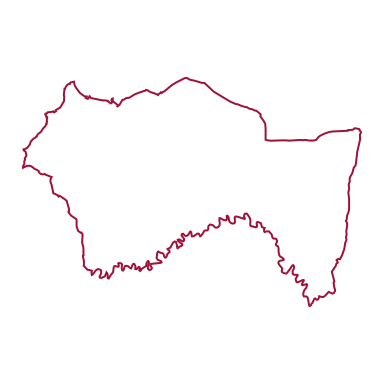 the district of Kicukiro, Kigali City, Rwanda
{"feature_id": "39286606B56607574087647", "entity_name": "Kicukiro", "entity_type": "district", "adm_level": 2, "iso_a3": "RWA", "parent_name": "Rwanda", "parent_adm1": "Kigali City", "projection": "albers", "projection_center": [30.116, -2.016], "detail": "fine", "context": "isolated", "style": "outline", "palette": "rose", "viewbox_px": 384, "rotation_deg": 0, "n_neighbors": 0, "source": "geoboundaries", "source_scale": "gbopen_adm2", "svg_char_len": 5945}
<svg xmlns="http://www.w3.org/2000/svg" viewBox="0 0 384 384"><path d="M91.8,274.9L92.9,274.3L95.6,270.6L97.7,269.1L99.0,269.3L100.8,270.0L101.2,270.7L101.1,273.4L99.5,276.8L100.0,277.7L101.5,277.9L104.9,276.3L106.5,272.4L107.5,273.8L107.8,278.2L108.7,278.5L110.6,275.2L112.7,272.7L113.2,271.6L113.7,267.3L114.2,266.3L115.1,266.0L118.0,266.8L118.6,266.6L118.8,265.4L118.2,263.6L118.5,263.1L120.9,263.2L122.1,264.3L121.7,268.4L122.3,270.3L123.0,270.6L123.6,270.0L124.7,266.4L125.4,265.9L126.8,265.9L128.2,266.3L129.9,267.9L131.1,268.4L132.8,264.3L133.6,263.8L134.4,264.1L135.4,266.2L135.3,269.0L136.6,269.1L138.2,267.3L138.8,266.9L139.5,267.1L139.9,268.1L139.2,270.1L140.1,271.0L140.8,270.5L141.9,268.7L146.0,266.1L146.4,263.6L147.5,261.4L148.1,261.0L148.5,261.1L149.0,263.1L147.9,266.3L148.0,268.8L149.4,270.1L150.2,269.8L151.3,269.4L151.9,267.9L150.4,265.5L151.0,263.9L159.7,263.0L161.3,262.6L161.6,262.2L161.0,261.2L157.5,259.6L156.6,257.9L157.2,253.1L157.8,251.8L158.3,251.5L160.2,252.7L162.5,253.2L163.6,254.3L164.6,257.4L165.6,257.6L166.5,256.8L167.4,254.0L169.6,252.0L169.3,250.6L167.8,249.6L167.5,249.0L170.4,247.6L172.9,242.8L174.5,241.5L175.9,241.8L176.7,244.2L177.3,248.0L177.8,248.3L179.0,247.0L182.1,245.5L182.4,244.3L178.3,241.2L177.7,239.9L178.7,239.4L179.6,239.6L182.9,241.5L184.0,240.6L184.0,238.7L181.6,235.6L181.8,234.2L182.3,233.8L183.2,233.8L184.6,235.4L185.8,236.0L186.6,235.9L188.2,234.9L189.9,231.9L190.4,231.5L191.2,232.2L191.7,235.8L192.1,236.5L194.0,236.0L197.2,233.7L198.2,233.5L198.9,233.8L200.2,236.3L200.8,236.0L202.6,233.8L204.2,231.0L204.9,230.5L207.2,230.4L207.9,229.8L208.3,229.1L208.2,227.1L208.6,225.9L210.1,224.5L212.8,225.2L215.4,227.6L216.9,227.6L218.7,226.7L219.4,225.6L219.8,223.9L219.4,220.4L219.5,218.1L220.2,218.1L223.9,220.1L226.0,220.3L226.8,219.3L226.8,215.9L227.5,215.7L228.5,217.1L229.2,221.0L230.1,222.3L231.4,223.3L233.2,223.6L234.2,223.3L234.9,222.6L234.7,217.3L235.1,216.7L236.2,216.5L237.9,216.8L244.6,219.0L244.9,218.5L244.0,216.3L244.2,215.0L244.9,213.8L246.5,213.5L247.3,214.1L249.7,217.8L250.4,220.0L250.2,225.0L250.7,226.0L255.9,227.3L257.1,226.5L256.6,222.9L257.2,222.1L257.6,221.9L260.8,223.1L262.0,227.2L264.7,228.0L264.0,229.6L264.2,231.6L264.7,232.0L266.1,231.5L268.8,231.3L271.6,234.3L272.4,237.3L273.0,238.2L274.1,238.7L276.0,238.7L276.4,239.2L277.2,241.0L275.8,244.7L276.5,245.6L278.1,246.5L278.6,248.5L278.6,252.2L279.2,254.9L280.1,256.5L282.1,257.6L283.7,259.0L283.7,259.7L283.1,260.2L279.9,260.8L278.8,261.5L278.3,262.9L279.1,264.6L282.3,268.5L281.7,271.3L282.1,272.1L284.1,273.2L286.1,273.6L286.7,273.3L289.7,269.5L291.7,266.2L292.6,265.3L293.3,265.2L294.1,266.6L293.8,268.5L292.6,271.2L292.8,274.1L294.2,274.8L297.4,274.8L297.7,275.3L295.7,278.8L295.8,280.2L296.6,282.1L298.1,282.2L302.5,280.1L303.6,280.0L303.8,280.7L302.1,283.6L301.9,284.7L302.7,285.2L306.7,284.1L307.1,284.9L306.3,287.6L304.2,290.4L303.5,292.3L303.2,294.8L303.9,296.4L306.5,296.5L307.2,297.0L308.0,298.6L308.9,304.4L309.4,305.9L309.9,306.0L310.8,305.3L311.6,303.6L312.4,303.0L314.4,298.6L315.0,298.4L316.6,299.6L317.6,299.7L318.5,298.8L319.2,296.2L321.3,296.9L323.2,297.0L325.0,295.9L328.6,291.9L332.3,293.6L334.0,292.8L335.0,291.1L335.0,289.7L334.3,287.5L333.6,283.1L333.8,282.1L334.4,281.6L331.8,271.7L335.8,265.8L336.5,263.4L337.7,262.7L337.5,261.5L336.5,260.1L336.9,259.6L338.6,258.9L340.0,259.2L342.0,255.4L344.3,248.9L345.2,242.9L346.3,240.5L346.4,239.2L346.0,237.5L346.6,234.6L346.3,230.9L347.3,225.0L347.0,224.3L347.1,222.9L345.9,221.0L346.7,219.5L347.0,216.0L348.5,212.1L349.1,208.9L349.1,198.9L348.3,192.3L349.2,188.9L348.7,184.4L349.8,181.3L349.6,179.1L350.0,177.1L352.2,173.4L353.8,167.6L355.3,165.9L355.9,163.7L357.3,151.5L360.1,139.4L359.9,134.8L361.0,132.5L360.6,131.3L359.8,130.8L359.3,129.1L354.8,128.2L353.0,129.7L347.7,130.2L347.6,130.8L332.5,131.5L329.3,132.0L324.8,133.5L320.4,135.6L318.2,137.3L316.3,139.8L314.0,140.5L308.9,140.5L305.4,139.9L302.1,140.2L300.6,139.9L290.1,140.6L283.3,140.3L270.7,140.7L266.5,140.2L265.6,139.8L265.6,128.8L265.2,123.6L263.4,120.5L260.4,116.4L260.6,114.3L256.6,110.9L254.2,110.3L252.4,109.3L249.1,108.6L247.0,107.2L245.9,107.2L241.2,105.8L238.3,104.5L234.9,103.7L229.5,101.2L213.7,91.6L204.4,82.9L202.0,82.9L195.4,80.9L189.2,79.5L187.7,78.3L186.4,78.0L184.8,78.1L176.1,82.5L172.0,85.0L164.4,91.3L162.5,92.2L161.8,93.0L160.9,92.3L160.4,93.0L158.4,94.2L158.1,95.0L154.4,93.3L150.5,92.1L147.4,90.2L145.9,89.9L145.4,90.6L139.7,92.4L134.6,94.4L129.4,97.7L126.3,98.0L124.4,99.4L122.4,99.9L119.5,104.8L116.9,106.9L117.9,105.1L113.2,101.5L112.8,100.8L112.7,98.5L111.9,98.9L111.4,100.0L112.1,102.5L110.8,103.4L107.9,101.4L108.0,101.0L106.1,100.5L103.4,100.3L103.1,100.5L90.8,98.0L89.7,96.3L87.8,98.9L85.7,97.9L86.7,96.5L84.5,96.3L80.0,93.0L76.3,88.2L74.6,85.2L74.1,81.7L70.8,82.4L69.5,83.5L69.7,83.9L67.9,84.4L66.8,85.5L65.8,86.8L64.6,89.8L64.4,89.6L63.8,95.4L64.2,96.4L64.0,101.1L60.3,107.4L55.7,110.2L56.0,111.2L54.4,112.3L54.2,112.4L53.5,111.3L52.2,111.8L47.6,112.3L46.6,113.7L45.9,113.7L45.9,114.0L45.2,114.3L46.2,116.1L46.3,116.7L46.7,116.5L47.3,117.3L46.9,118.7L46.8,121.3L47.1,121.5L46.5,122.9L46.7,123.6L46.3,123.6L45.4,126.1L43.1,128.4L41.0,131.8L37.7,134.3L36.8,136.4L36.4,136.3L35.8,137.2L33.1,139.0L30.8,141.6L29.7,144.7L27.5,147.5L26.5,148.4L26.2,148.3L24.6,149.2L23.6,149.3L23.6,150.2L25.5,151.7L26.4,154.8L26.2,156.1L24.7,158.5L25.1,159.4L24.2,161.7L24.4,163.7L23.0,166.3L23.1,167.8L26.9,165.8L29.5,165.8L31.0,166.2L33.2,167.6L34.0,168.5L38.5,170.8L39.3,172.8L40.8,173.9L42.2,174.3L43.9,174.3L44.6,173.9L45.6,174.7L51.6,177.0L50.5,179.3L50.5,182.0L51.6,184.9L53.3,193.2L57.2,195.0L58.6,196.5L59.2,195.7L59.9,196.0L65.0,199.4L66.7,200.9L69.2,209.7L68.6,211.4L68.9,211.4L68.9,212.8L71.1,215.6L76.1,219.0L76.6,219.9L76.6,226.4L78.1,230.9L80.6,232.7L81.3,232.5L82.6,234.3L82.1,242.4L83.4,247.8L83.5,255.4L82.9,255.6L82.9,256.3L84.0,261.8L83.8,265.9L87.4,269.7L91.9,270.7L91.5,272.7L91.8,274.9Z" fill="none" stroke="#9f1239" stroke-width="2"/></svg>